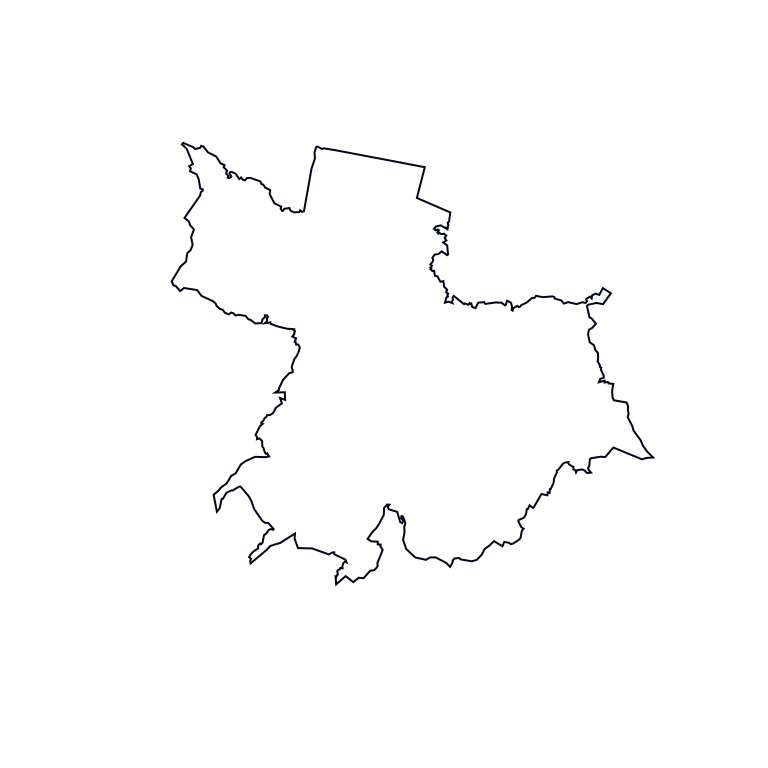 Beica De Jos, Mures, Romania, rotated 22°
{"feature_id": "2599482B29333301667033", "entity_name": "Beica De Jos", "entity_type": "district", "adm_level": 2, "iso_a3": "ROU", "parent_name": "Romania", "parent_adm1": "Mures", "projection": "mercator", "projection_center": [24.821, 46.717], "detail": "fine", "context": "isolated", "style": "outline", "palette": "ink", "viewbox_px": 768, "rotation_deg": 22, "n_neighbors": 0, "source": "geoboundaries", "source_scale": "gbopen_adm2", "svg_char_len": 6165}
<svg xmlns="http://www.w3.org/2000/svg" viewBox="0 0 768 768"><g transform="rotate(22 384 384)"><path d="M411.3,580.7L414.7,587.7L420.4,576.5L429.7,579.2L433.2,573.1L437.8,571.7L441.2,562.2L444.7,560.2L446.1,556.7L446.2,554.7L445.0,552.7L444.9,538.2L441.4,535.9L441.0,534.1L438.3,535.1L437.3,532.5L431.1,534.7L426.8,533.8L428.5,526.3L430.8,520.6L432.0,514.6L432.8,505.3L430.5,498.8L432.1,494.5L434.1,493.9L433.5,496.4L435.2,498.4L444.1,497.6L450.8,506.0L453.0,506.1L453.1,505.4L452.7,503.0L450.2,502.0L449.7,500.0L450.7,499.7L453.3,501.7L456.0,505.2L456.3,508.8L458.7,514.2L460.1,521.5L466.5,528.7L478.0,533.1L488.8,531.3L491.6,527.6L496.8,525.4L508.8,526.6L513.8,528.8L514.4,523.5L513.8,521.9L514.7,519.4L518.7,517.2L520.8,517.9L531.8,515.5L535.9,512.3L538.6,505.5L539.1,499.3L542.1,494.6L544.9,488.5L554.6,490.1L554.7,485.3L559.7,484.4L561.7,485.0L563.6,483.4L567.3,478.1L568.3,475.7L566.8,468.6L567.7,465.9L564.9,465.3L559.8,460.8L559.9,459.5L563.6,455.8L564.1,454.3L564.4,451.4L563.3,446.6L564.3,445.7L564.4,442.0L568.7,443.1L569.0,442.5L571.2,427.0L577.2,426.0L576.4,423.2L578.4,422.9L577.2,419.4L577.9,419.2L578.3,412.0L577.1,408.2L577.4,401.1L576.6,399.4L577.7,398.3L579.8,390.9L581.4,388.9L584.2,387.3L584.2,388.1L586.0,389.3L590.9,390.1L591.5,392.2L593.8,392.2L595.2,394.1L595.6,391.4L599.8,388.9L602.7,389.1L605.4,390.5L609.2,388.6L605.3,386.6L604.7,385.2L605.0,382.8L603.1,376.9L603.7,375.3L612.4,370.1L616.5,368.9L620.5,357.0L651.3,357.2L655.5,354.0L661.1,351.3L653.0,347.9L647.3,344.3L642.6,339.7L632.9,333.8L629.8,329.8L622.4,323.5L621.9,319.8L619.8,316.8L618.7,313.2L615.8,310.3L603.1,313.0L600.6,310.2L598.0,304.6L596.6,298.0L592.1,299.3L591.9,298.5L590.7,298.4L588.0,300.0L587.3,298.2L582.6,301.9L582.6,298.1L585.3,296.1L584.7,294.1L579.8,289.5L579.4,287.5L578.2,287.6L576.7,285.3L573.5,283.0L573.5,281.5L570.8,275.1L567.0,273.2L564.2,269.4L559.2,268.3L554.6,261.6L553.7,256.9L556.1,253.9L557.9,248.7L551.5,245.2L549.7,245.4L542.9,235.6L543.4,234.2L550.5,229.3L557.2,227.9L560.4,214.9L551.0,213.1L550.2,220.7L546.0,221.1L543.8,223.9L544.5,226.9L542.2,225.8L539.9,229.1L539.9,230.1L541.2,231.1L540.6,233.3L537.3,233.9L532.6,237.8L524.0,239.1L520.8,242.0L517.0,240.1L510.2,240.9L509.4,239.6L507.3,239.7L498.7,244.0L491.9,245.3L491.3,247.9L489.1,248.7L485.7,255.1L481.6,259.7L481.2,261.5L480.3,262.2L478.4,261.6L475.6,265.0L475.8,267.8L474.6,267.6L473.8,264.5L471.3,261.1L466.9,260.7L467.3,265.2L466.8,265.8L462.4,264.6L456.7,266.7L448.3,271.6L447.4,271.7L446.3,270.5L440.9,273.3L440.4,279.3L437.0,279.6L434.8,276.7L434.1,277.4L433.1,276.9L432.5,278.9L428.7,279.0L428.3,280.0L415.7,276.2L415.3,278.5L416.2,279.9L416.3,282.4L417.2,283.4L413.2,283.4L410.0,285.7L409.5,280.1L410.5,278.9L409.4,277.7L409.7,276.2L407.1,275.5L407.3,273.0L403.3,271.2L400.5,266.4L398.0,268.1L393.3,264.2L390.6,264.5L388.1,260.3L386.7,261.2L384.3,260.3L384.7,259.6L383.4,258.6L384.2,258.0L384.0,256.3L382.2,255.9L383.3,252.4L383.0,250.4L381.6,248.9L382.4,245.1L385.8,243.1L387.8,239.4L394.3,240.9L394.9,240.0L390.7,231.9L385.8,230.6L388.1,227.6L385.5,225.7L386.2,223.1L383.5,222.2L380.9,223.6L378.0,223.0L377.9,223.9L377.2,223.4L376.7,224.5L377.3,221.0L376.0,220.5L374.5,222.2L372.2,221.5L373.2,218.5L377.0,215.7L384.3,216.7L383.4,215.6L384.7,215.1L384.0,213.3L384.3,212.6L382.7,210.8L383.4,208.7L381.2,200.1L344.8,199.2L340.6,167.7L250.0,185.7L239.7,188.1L238.6,189.3L233.2,188.8L232.4,189.7L232.8,195.2L235.5,200.8L236.1,211.4L245.1,253.9L243.4,255.1L241.2,254.4L241.1,256.3L236.3,258.6L232.4,258.3L230.4,256.3L225.9,258.9L225.5,261.2L224.8,261.7L222.6,260.3L222.3,258.1L214.7,257.5L206.9,250.8L205.8,246.8L200.2,246.4L197.5,244.4L195.4,244.5L193.6,242.5L182.9,242.9L179.8,244.4L178.8,247.2L176.8,247.5L174.1,246.1L173.1,248.2L167.7,244.6L163.2,244.4L162.1,245.0L161.8,246.5L164.7,248.8L163.4,251.1L162.2,251.3L161.7,250.9L161.7,249.4L158.6,247.6L158.5,244.9L154.2,243.2L154.2,240.8L149.8,240.6L143.1,235.9L134.1,235.2L127.7,231.5L125.3,231.6L125.1,233.9L120.8,236.9L118.4,235.9L107.6,235.7L106.9,237.6L112.9,239.8L124.4,251.6L121.7,255.1L124.1,256.4L124.5,259.4L131.7,259.8L135.4,263.4L140.4,271.6L143.0,271.4L143.5,272.7L142.3,274.6L142.9,278.1L136.8,304.8L142.4,306.4L144.6,309.3L149.9,311.9L150.1,320.0L154.5,326.8L154.5,332.6L152.6,336.3L154.6,344.7L151.4,351.0L148.7,368.4L151.7,371.2L154.6,371.3L160.1,374.3L162.6,369.9L175.6,366.9L181.8,370.7L194.4,371.3L197.7,372.4L199.7,374.4L203.7,375.8L206.7,375.6L209.4,377.4L213.9,377.7L215.7,374.9L218.4,375.0L220.6,376.1L223.5,374.2L230.3,372.7L234.2,374.9L236.1,374.5L242.0,376.1L247.7,373.4L247.1,369.3L248.6,366.9L247.8,365.0L249.6,364.2L251.3,365.1L250.8,366.4L251.9,369.6L250.7,372.3L255.6,369.4L256.3,370.7L264.3,370.4L273.3,369.1L280.0,366.9L279.9,367.8L281.6,368.2L281.6,370.4L282.2,371.1L281.2,374.4L285.4,374.6L285.4,378.5L286.4,378.4L287.8,380.4L289.7,379.5L292.4,381.9L292.8,386.0L292.6,390.5L291.6,394.1L291.8,401.0L292.3,403.4L294.1,405.2L294.9,407.3L292.0,409.6L288.9,417.7L288.2,427.7L288.8,429.0L286.3,432.7L295.1,428.8L298.3,435.8L292.9,435.9L296.6,440.2L292.7,446.4L292.0,452.6L290.1,455.3L287.2,456.8L287.3,458.4L286.2,460.3L285.6,464.2L284.6,465.5L285.1,466.5L286.5,466.5L284.8,469.4L284.0,479.4L286.4,480.9L286.9,482.8L288.9,481.1L292.3,482.5L294.7,487.7L296.5,488.7L299.1,492.1L300.8,493.0L301.5,492.0L304.6,494.2L301.4,496.3L291.8,499.8L284.8,507.1L281.4,512.2L279.9,522.5L276.8,526.3L275.4,535.1L271.7,540.9L270.2,545.5L267.5,550.5L276.9,565.0L278.2,560.8L276.5,551.3L277.7,550.7L278.6,544.0L282.6,539.6L283.4,539.6L288.0,533.5L289.5,532.9L300.6,538.7L304.4,541.7L310.5,548.6L322.3,556.4L325.4,557.3L328.9,556.2L336.0,559.8L335.9,560.7L333.3,561.0L331.8,562.5L331.0,566.3L329.4,569.1L330.8,576.7L329.9,578.7L328.9,578.3L328.1,579.8L327.9,581.5L328.9,583.5L325.3,588.8L324.2,592.2L323.7,595.1L326.2,595.7L326.2,598.2L327.5,600.3L337.6,581.2L339.2,576.8L347.3,570.2L357.5,556.0L359.0,560.8L365.7,568.4L378.8,563.4L396.6,562.7L399.4,559.4L400.9,558.7L401.6,560.5L414.1,561.3L416.0,563.4L414.4,563.1L413.4,565.2L413.6,568.3L414.6,570.4L412.6,570.8L412.1,571.5L412.5,572.5L410.9,573.9L410.8,575.1L412.6,578.1L412.0,579.0L412.2,580.9L411.3,580.7Z" fill="none" stroke="#020617" stroke-width="2"/></g></svg>